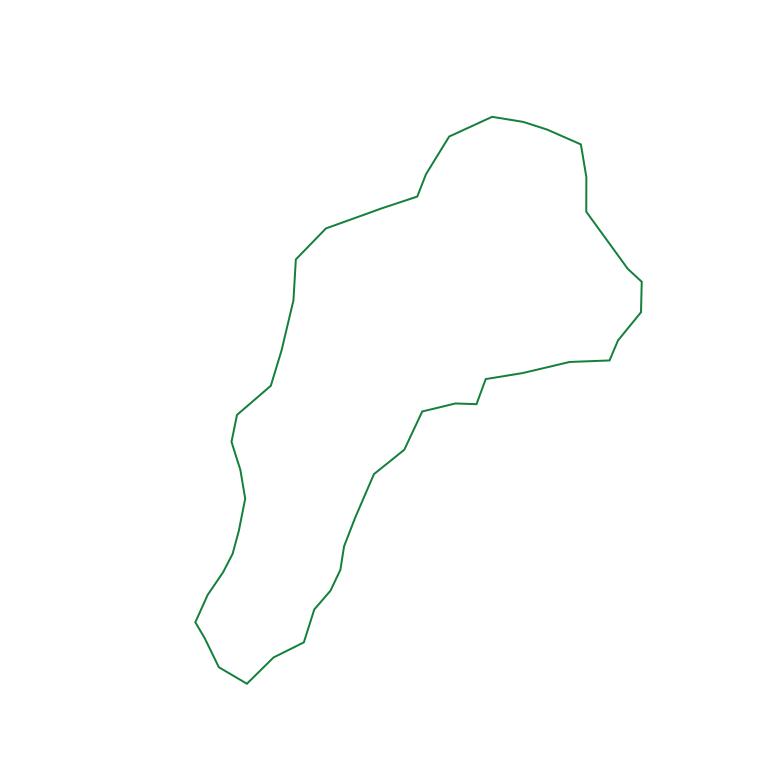 Flasou, Nicosia, Cyprus (Mercator projection), rotated 144°
{"feature_id": "46923920B19169275962284", "entity_name": "Flasou", "entity_type": "district", "adm_level": 2, "iso_a3": "CYP", "parent_name": "Cyprus", "parent_adm1": "Nicosia", "projection": "mercator", "projection_center": [32.902, 35.063], "detail": "fine", "context": "isolated", "style": "outline", "palette": "green", "viewbox_px": 768, "rotation_deg": 144, "n_neighbors": 0, "source": "geoboundaries", "source_scale": "gbopen_adm2", "svg_char_len": 752}
<svg xmlns="http://www.w3.org/2000/svg" viewBox="0 0 768 768"><g transform="rotate(144 384 384)"><path d="M187.7,270.5L169.1,281.7L133.9,291.0L115.4,315.2L119.1,333.8L119.1,372.8L119.1,404.5L98.7,432.4L83.9,462.1L102.4,493.8L117.3,514.2L139.5,536.6L185.8,545.9L226.6,529.1L246.9,516.1L282.1,527.3L339.5,544.0L382.1,536.6L408.1,504.9L447.0,471.5L476.6,449.1L521.1,445.4L541.4,426.8L550.7,398.9L563.7,372.8L587.8,350.5L606.3,335.6L624.8,326.3L650.7,317.0L676.7,302.1L678.5,283.5L684.1,251.9L671.1,222.1L634.1,227.7L600.7,222.1L572.9,242.6L548.9,248.2L528.5,259.3L511.8,276.1L485.9,292.8L445.1,317.0L406.2,318.9L369.2,339.3L337.7,326.3L321.0,313.3L298.8,328.2L265.5,311.4L221.0,292.8L187.7,270.5Z" fill="none" stroke="#15803d" stroke-width="2"/></g></svg>